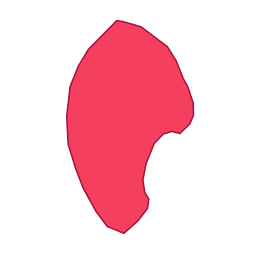 the district of Lamotrek, Federated States of Micronesia, rotated 188°
{"feature_id": "79324940B52587082205524", "entity_name": "Lamotrek", "entity_type": "district", "adm_level": 2, "iso_a3": "FSM", "parent_name": "Federated States of Micronesia", "parent_adm1": "", "projection": "albers", "projection_center": [146.379, 7.457], "detail": "fine", "context": "isolated", "style": "filled", "palette": "rose", "viewbox_px": 256, "rotation_deg": 188, "n_neighbors": 0, "source": "geoboundaries", "source_scale": "gbopen_adm2", "svg_char_len": 518}
<svg xmlns="http://www.w3.org/2000/svg" viewBox="0 0 256 256"><g transform="rotate(188 128 128)"><path d="M97.5,51.0L97.5,60.5L102.4,66.6L106.0,78.5L105.2,95.0L99.9,116.3L92.2,127.0L84.0,130.7L75.9,129.8L67.4,140.5L64.9,149.6L66.9,161.9L74.7,177.5L80.0,184.4L89.7,201.3L100.3,214.0L129.2,230.0L146.3,232.5L154.0,232.9L178.1,200.5L185.8,182.4L191.1,161.0L190.3,130.7L185.0,103.6L174.4,81.0L164.2,62.5L148.3,41.2L134.9,27.6L117.4,23.1L105.2,37.5L97.5,51.0Z" fill="#f43f5e" stroke="#9f1239" stroke-width="1.5"/></g></svg>